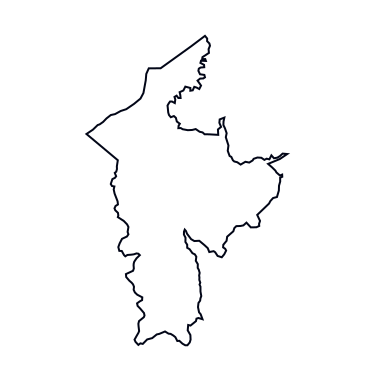 Cristal, Rio Grande do Sul, Brazil, rotated 251°
{"feature_id": "56859067B17648914341650", "entity_name": "Cristal", "entity_type": "district", "adm_level": 2, "iso_a3": "BRA", "parent_name": "Brazil", "parent_adm1": "Rio Grande do Sul", "projection": "orthographic", "projection_center": [-52.044, -31.031], "detail": "fine", "context": "isolated", "style": "outline", "palette": "ink", "viewbox_px": 384, "rotation_deg": 251, "n_neighbors": 0, "source": "geoboundaries", "source_scale": "gbopen_adm2", "svg_char_len": 3631}
<svg xmlns="http://www.w3.org/2000/svg" viewBox="0 0 384 384"><g transform="rotate(251 192 192)"><path d="M64.9,91.5L65.7,93.9L64.4,96.0L67.2,101.6L66.8,106.8L68.8,112.3L68.5,114.9L68.9,121.1L65.7,123.7L64.8,125.6L62.4,127.6L60.2,129.0L55.9,129.6L55.4,131.6L51.7,133.6L49.3,135.7L48.6,137.8L50.5,140.9L52.9,142.6L57.3,143.9L62.6,142.9L67.5,145.1L66.2,147.1L68.6,153.7L70.8,155.0L70.8,157.0L68.3,160.5L73.6,160.4L75.9,159.5L81.2,160.2L85.0,162.0L86.6,164.3L88.6,165.3L90.6,166.9L95.1,167.6L99.8,169.2L102.0,169.0L103.6,170.3L106.5,170.3L108.8,171.2L110.8,171.6L113.0,172.9L116.3,173.1L118.4,172.7L121.9,174.0L125.7,173.2L129.4,175.0L132.1,174.4L134.0,172.5L138.7,171.1L140.8,169.3L143.8,170.3L146.9,169.5L150.9,171.0L154.4,170.5L157.1,171.5L158.8,172.9L157.0,173.6L154.2,173.7L147.7,175.8L144.9,178.2L143.5,183.0L137.7,186.5L133.8,188.6L129.6,188.8L129.0,193.2L127.5,194.3L123.2,195.4L120.6,198.9L122.6,202.2L125.5,205.2L127.5,204.9L129.5,203.4L131.9,204.4L134.6,208.8L138.3,210.7L141.4,218.3L144.1,220.3L145.3,222.8L144.1,226.7L143.7,229.7L145.3,233.5L139.4,236.1L137.7,241.4L138.0,244.5L140.0,245.0L142.5,246.9L149.1,246.2L156.0,261.1L157.9,263.1L159.9,266.7L159.6,270.7L165.1,274.6L169.6,276.3L173.2,278.8L176.8,280.0L177.0,282.3L179.1,282.9L179.0,280.5L183.0,278.2L185.1,277.8L189.3,275.7L193.8,273.1L194.6,285.8L196.9,294.4L198.8,290.2L197.3,286.7L196.7,283.8L197.2,280.5L200.8,279.0L197.7,275.8L199.2,273.4L198.8,270.9L201.8,268.7L203.3,265.1L203.3,261.1L202.1,259.6L201.2,255.7L203.2,252.3L202.1,246.9L205.4,244.5L207.1,241.9L208.7,241.0L212.4,240.6L213.8,239.3L219.3,239.2L224.1,241.6L232.8,241.8L236.3,243.9L241.5,243.9L245.1,243.5L248.3,244.7L251.8,246.8L251.6,241.8L248.5,240.4L244.1,240.7L242.7,236.9L237.5,235.4L241.1,226.6L242.5,222.7L244.9,221.4L246.5,218.8L250.3,216.0L250.6,212.4L251.8,208.2L254.4,203.6L256.1,202.2L256.8,199.9L259.0,200.9L260.5,202.7L263.6,200.6L267.4,200.9L269.7,199.6L269.6,196.3L272.3,195.3L274.9,195.4L279.4,196.5L281.7,197.0L283.4,198.9L284.7,200.7L284.0,202.6L281.7,204.7L284.9,206.3L287.6,206.4L288.1,208.8L285.3,209.7L284.6,211.8L287.5,212.5L290.4,212.8L290.8,216.9L293.8,220.0L290.9,224.3L288.3,223.4L287.9,225.8L290.7,228.4L289.2,230.4L287.0,232.4L289.7,235.2L295.5,233.5L296.6,236.6L295.7,239.6L296.2,241.6L298.7,241.8L300.7,237.9L304.5,237.5L306.4,238.6L306.9,240.6L306.0,244.2L308.3,244.8L311.3,242.0L313.2,243.3L311.4,247.8L313.4,247.8L314.4,244.9L316.1,245.8L318.0,253.3L321.7,254.2L324.4,256.6L326.8,256.8L329.7,255.4L332.2,256.3L335.4,255.1L330.0,238.5L319.2,202.6L323.0,191.4L318.5,187.2L312.6,184.6L301.4,178.3L297.1,173.7L294.2,165.9L291.7,156.8L291.8,151.0L290.7,144.6L291.2,140.3L289.4,135.1L287.2,130.8L286.0,126.7L286.0,124.6L283.2,118.6L281.2,111.1L246.2,132.2L240.7,129.3L238.1,128.5L235.9,127.0L235.2,125.2L231.6,125.4L230.5,123.8L230.1,120.9L226.0,117.8L223.7,118.3L222.5,120.4L219.9,118.8L215.7,118.3L207.4,118.6L204.3,117.9L203.7,115.2L201.8,113.4L199.7,113.5L196.4,115.2L193.8,114.7L192.4,113.7L186.8,118.1L182.5,120.1L179.6,120.5L175.2,118.1L172.7,118.1L171.1,116.0L170.5,110.6L167.0,106.9L163.9,104.4L160.0,104.1L159.1,106.4L154.5,107.2L152.9,108.0L153.5,110.4L152.5,114.2L152.0,116.8L152.0,119.5L151.1,121.2L149.3,122.1L147.4,118.0L144.9,114.7L143.3,113.6L141.7,112.9L138.6,112.1L136.7,110.6L135.9,102.8L133.0,102.1L128.5,103.9L125.9,105.4L123.8,106.2L121.3,106.3L118.5,105.0L115.6,105.3L112.7,106.8L108.6,110.7L106.0,109.6L105.6,107.0L104.6,103.8L102.0,103.5L98.6,105.1L93.2,107.2L90.7,106.9L89.3,105.7L87.2,99.9L84.9,98.4L82.2,97.7L80.3,97.3L77.7,96.7L76.3,95.5L73.7,92.5L71.1,89.6L68.7,89.8L64.9,91.5Z" fill="none" stroke="#020617" stroke-width="2"/></g></svg>